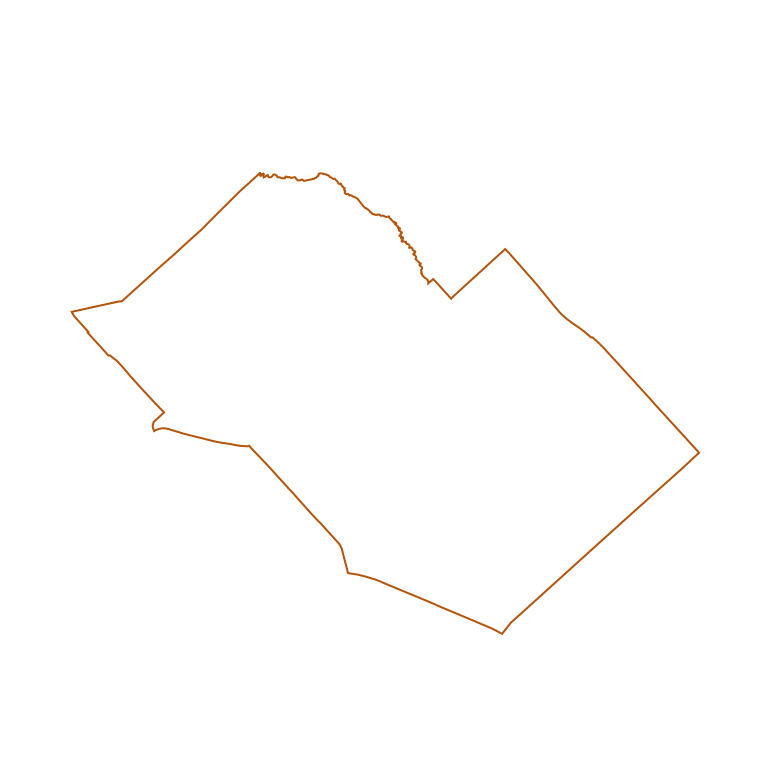 outline of Greater Dandenong, Victoria, Australia, rotated 309°
{"feature_id": "25037944B63075132073997", "entity_name": "Greater Dandenong", "entity_type": "district", "adm_level": 2, "iso_a3": "AUS", "parent_name": "Australia", "parent_adm1": "Victoria", "projection": "mercator", "projection_center": [145.221, -38.001], "detail": "fine", "context": "isolated", "style": "outline", "palette": "amber", "viewbox_px": 768, "rotation_deg": 309, "n_neighbors": 0, "source": "geoboundaries", "source_scale": "gbopen_adm2", "svg_char_len": 5984}
<svg xmlns="http://www.w3.org/2000/svg" viewBox="0 0 768 768"><g transform="rotate(309 384 384)"><path d="M499.4,200.5L493.2,195.4L492.7,195.1L491.5,193.9L491.4,193.5L491.5,192.6L491.3,192.0L491.3,191.6L489.1,190.4L488.5,189.4L488.0,188.9L488.0,188.1L488.1,187.1L488.7,184.7L488.2,184.1L485.8,182.3L485.6,182.0L485.3,180.2L485.1,179.9L484.3,179.5L483.8,178.0L483.7,177.8L483.7,177.6L483.5,177.3L483.1,177.0L482.8,177.0L481.8,177.6L481.5,177.6L480.6,176.2L480.1,175.7L479.9,175.6L479.7,175.2L479.4,174.6L479.2,173.6L479.0,172.9L478.3,171.9L478.0,171.7L477.7,171.0L477.8,170.5L478.2,169.9L478.4,169.4L478.2,167.6L478.0,167.2L477.9,166.9L477.0,166.2L476.3,166.4L475.5,166.4L474.1,166.2L473.5,165.9L472.3,164.6L472.2,164.1L472.2,163.7L472.3,163.5L473.2,162.3L473.2,162.2L472.0,161.5L471.4,161.3L470.6,161.3L468.9,160.5L469.0,160.4L469.3,160.0L469.4,159.6L469.9,159.0L470.8,158.9L471.2,158.8L471.5,158.4L471.6,158.1L471.3,158.0L470.9,157.5L469.8,156.8L469.5,156.8L468.4,157.3L468.2,157.2L468.0,156.9L468.0,156.7L468.3,156.1L468.5,155.9L469.3,155.6L469.6,155.3L469.9,154.9L469.7,154.7L469.4,154.6L468.4,154.6L461.4,153.6L443.2,150.7L409.2,147.0L389.2,145.0L365.9,141.3L350.9,139.1L335.3,136.4L283.2,128.2L280.8,125.6L243.6,95.9L243.2,96.7L241.7,100.5L241.5,101.7L238.4,121.6L237.4,121.4L232.7,152.1L233.7,153.1L233.8,158.9L233.9,162.0L233.8,162.9L231.9,174.9L231.2,178.1L230.5,181.6L227.3,202.3L225.0,218.4L223.5,231.0L209.7,228.9L207.1,229.9L206.2,230.4L205.3,231.1L204.7,231.8L203.9,233.0L202.8,235.0L204.3,235.5L207.5,237.4L210.0,239.5L211.9,242.0L213.1,244.2L219.7,260.5L232.3,287.5L234.1,291.0L236.8,295.9L238.5,298.7L241.1,303.2L243.5,307.9L244.9,310.2L246.0,312.0L249.3,316.6L249.9,317.3L250.5,317.7L251.1,318.0L250.3,323.2L247.5,345.2L242.8,375.4L242.2,380.2L237.6,408.0L236.0,419.7L236.1,420.5L231.5,450.3L229.5,454.8L225.6,459.9L214.4,475.1L219.6,484.0L223.0,491.5L227.0,501.4L230.5,513.6L244.0,559.3L246.4,568.4L253.8,593.7L254.8,597.1L261.5,620.4L262.7,625.4L264.1,633.0L278.7,632.8L285.7,634.0L395.9,651.2L448.9,659.6L504.3,668.6L528.9,672.1L538.8,606.6L539.5,602.8L546.7,556.0L550.4,530.9L551.1,524.4L551.5,516.7L550.5,515.7L550.8,507.9L550.6,501.3L549.8,492.1L549.6,485.4L549.8,479.6L550.3,475.0L551.7,467.5L556.6,444.3L557.4,440.4L564.4,399.2L565.2,393.3L550.3,391.0L498.9,383.2L494.4,382.6L492.5,382.5L492.7,381.7L494.5,369.8L495.3,364.6L496.5,356.2L496.1,356.1L490.1,355.1L491.1,354.4L491.4,353.9L491.8,353.2L491.9,353.3L492.3,352.0L492.4,351.0L492.4,349.8L492.3,348.2L492.4,347.0L492.4,346.3L492.7,345.4L492.9,344.8L493.1,344.4L493.5,344.2L493.5,343.9L493.5,343.4L493.6,343.0L493.8,342.9L494.4,342.9L494.8,342.8L495.0,342.4L495.2,341.7L495.8,341.3L496.2,341.1L497.2,341.1L497.5,341.0L498.1,340.6L498.6,340.2L498.7,339.5L498.6,337.9L498.6,337.5L498.8,336.9L498.9,336.6L499.2,336.5L499.5,336.5L500.2,336.9L500.5,336.9L500.8,336.7L500.5,335.9L500.5,335.2L501.0,329.8L502.8,329.4L503.6,327.3L503.5,326.5L503.1,325.6L503.1,325.4L503.1,325.2L503.4,325.0L504.0,324.8L504.3,324.9L505.1,325.3L505.6,325.4L506.2,325.3L506.5,325.0L506.6,324.7L506.2,322.8L506.2,321.9L506.4,321.6L507.1,320.9L507.2,319.9L507.3,318.9L507.2,318.8L506.8,318.7L505.9,318.2L505.7,318.0L505.7,317.9L505.9,317.7L506.4,317.7L506.8,317.5L507.6,316.6L508.0,315.8L507.9,315.3L507.9,314.9L507.2,313.6L507.2,313.2L507.3,312.7L507.3,312.4L507.5,312.2L508.1,312.1L508.3,311.7L508.2,311.6L507.8,311.5L507.6,311.3L507.5,310.3L507.2,309.5L507.1,309.4L506.6,309.2L506.0,308.3L505.9,308.0L506.1,307.8L506.4,307.6L507.2,307.8L507.7,307.7L509.1,307.1L509.7,306.6L509.8,306.4L509.7,306.2L509.2,305.8L508.7,306.3L508.3,306.5L508.0,306.6L507.8,306.5L507.9,306.2L508.3,305.2L508.7,304.9L509.4,304.5L509.7,304.1L509.7,303.8L509.6,303.6L509.0,303.1L508.9,302.8L509.4,302.7L510.1,303.2L510.3,303.1L510.9,302.6L511.4,302.3L511.9,302.4L512.6,302.8L512.8,302.8L513.0,302.6L513.1,302.4L513.1,302.2L512.8,301.6L512.9,301.2L512.9,300.3L513.1,299.5L513.0,299.3L512.7,299.1L512.8,298.7L513.2,298.5L514.0,298.8L514.4,298.8L514.9,298.5L515.1,298.2L515.1,297.9L515.0,297.6L514.7,297.3L514.2,297.2L514.1,296.8L514.2,296.6L515.3,295.6L515.3,295.4L515.0,294.6L515.3,293.7L515.3,293.3L515.1,292.6L515.1,292.3L515.4,292.2L516.3,292.5L516.6,292.4L516.8,292.2L516.6,291.6L516.3,291.0L515.8,290.4L516.4,290.0L516.1,289.7L515.9,289.1L516.0,288.3L516.2,287.3L516.1,287.0L516.1,286.9L516.3,286.2L516.5,285.9L516.5,285.3L516.3,284.1L516.4,283.9L516.8,283.0L517.1,282.7L517.3,282.4L516.2,281.4L515.5,281.0L515.0,280.5L514.8,279.7L514.7,278.6L514.2,277.3L514.1,277.0L513.0,276.1L512.7,275.6L512.6,274.7L512.9,274.3L512.7,273.5L512.5,273.2L512.1,273.0L511.5,272.3L511.2,272.1L510.8,272.0L510.6,271.7L509.9,270.6L509.8,270.2L509.9,269.8L509.8,269.7L509.5,269.4L509.3,268.9L508.9,268.1L509.2,267.5L509.0,266.6L509.2,266.3L509.0,265.0L509.1,264.6L509.3,264.0L509.4,263.6L509.4,263.2L509.4,262.5L509.6,261.9L509.4,260.9L509.4,259.9L508.9,257.8L508.9,257.5L509.6,254.4L509.7,253.5L510.0,252.6L511.1,247.7L511.2,246.2L511.0,244.1L510.7,243.1L510.2,242.2L510.1,241.7L510.1,240.7L509.9,239.5L509.8,239.3L509.3,239.0L508.9,238.8L508.8,238.6L508.8,238.4L509.2,237.1L509.2,236.8L508.0,235.4L507.8,234.9L507.6,234.3L507.7,233.4L508.0,233.0L508.5,232.7L509.4,232.5L509.7,232.2L509.5,231.5L509.6,231.2L510.6,230.3L511.4,230.2L511.1,229.1L511.6,227.9L511.3,227.2L511.7,226.5L511.6,226.2L511.7,225.8L512.0,225.2L512.4,224.7L512.5,224.3L512.5,224.1L512.3,224.0L511.5,223.6L511.2,223.1L511.1,222.9L511.2,222.4L511.8,221.4L511.9,220.9L512.1,219.8L512.0,219.0L512.3,218.0L512.5,217.0L512.5,216.5L512.4,216.2L511.6,215.7L511.4,215.3L511.3,214.5L511.3,214.0L511.3,213.8L510.8,211.1L510.9,210.8L511.2,210.4L511.2,209.8L510.7,208.5L510.5,208.3L510.7,208.0L510.3,206.9L509.8,205.9L509.5,205.5L509.4,205.1L509.1,204.9L509.0,203.9L508.5,203.1L508.1,202.7L507.4,201.8L506.9,201.3L506.4,201.1L505.8,201.1L505.5,201.3L505.1,201.8L504.8,201.9L503.8,201.8L503.3,201.6L503.1,201.4L502.4,201.3L501.3,201.4L500.8,200.9L499.4,200.5Z" fill="none" stroke="#b45309" stroke-width="2"/></g></svg>